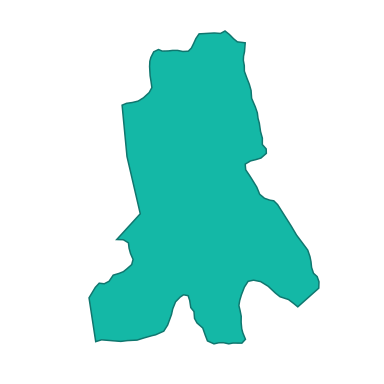 Barra D'Alcântara, Piauí, Brazil, rotated 173°
{"feature_id": "56859067B46292255679760", "entity_name": "Barra D'Alcântara", "entity_type": "district", "adm_level": 2, "iso_a3": "BRA", "parent_name": "Brazil", "parent_adm1": "Piauí", "projection": "robinson", "projection_center": [-42.113, -6.538], "detail": "fine", "context": "isolated", "style": "filled", "palette": "teal", "viewbox_px": 384, "rotation_deg": 173, "n_neighbors": 0, "source": "geoboundaries", "source_scale": "gbopen_adm2", "svg_char_len": 1808}
<svg xmlns="http://www.w3.org/2000/svg" viewBox="0 0 384 384"><g transform="rotate(173 192 192)"><path d="M204.6,73.1L204.9,66.2L203.0,61.4L197.9,55.7L196.3,48.3L194.8,42.3L188.7,38.6L183.8,39.1L179.1,38.6L174.0,36.8L169.8,37.1L160.9,35.9L156.9,39.3L158.7,45.9L159.3,50.1L159.1,56.8L158.3,62.6L158.7,68.2L159.3,73.6L157.9,78.4L155.5,83.9L151.6,91.2L147.2,96.5L141.7,97.0L134.8,94.7L127.9,89.2L121.6,81.6L117.4,77.3L109.3,73.5L104.6,68.9L101.0,65.1L77.9,81.1L76.9,87.4L78.1,92.8L81.3,96.5L82.5,102.5L82.4,108.4L82.8,113.5L84.2,120.2L87.2,125.5L93.5,136.5L97.6,145.9L108.6,169.1L111.9,173.3L115.7,174.4L120.8,176.9L125.1,181.5L127.1,188.9L130.9,197.2L132.8,201.2L136.0,207.5L135.8,213.2L130.2,215.7L124.5,216.4L119.4,217.3L113.5,221.3L113.1,225.7L116.4,230.5L115.6,236.9L116.6,243.6L116.8,252.2L117.5,257.1L117.5,262.6L118.8,268.8L121.4,277.7L121.0,285.6L122.0,292.0L123.6,298.2L125.3,305.5L124.7,311.0L125.0,316.4L124.3,320.5L122.8,324.8L121.0,333.6L128.7,335.5L132.1,339.1L135.8,343.9L139.6,347.8L144.4,345.9L150.4,347.1L165.7,348.1L169.4,343.9L172.2,339.3L175.1,334.9L178.5,332.2L184.0,332.6L189.1,334.3L193.9,334.9L198.4,334.9L204.4,335.5L207.9,337.5L212.9,335.8L216.4,330.6L217.9,326.9L218.8,321.7L219.4,312.5L219.2,306.7L219.1,300.5L222.4,295.9L228.7,291.4L234.4,288.8L240.4,288.1L246.2,288.0L250.8,286.7L252.2,235.1L246.0,176.7L272.5,154.0L266.0,153.0L261.3,149.3L261.3,143.8L260.5,138.3L258.7,132.3L260.7,127.3L266.1,123.6L269.8,121.3L274.3,120.1L280.3,119.1L285.2,113.5L290.3,111.6L295.2,112.8L299.6,109.1L307.1,99.5L305.8,55.2L299.8,56.3L286.3,53.5L280.9,52.4L274.3,52.4L264.6,51.7L256.9,53.1L249.2,54.3L245.5,54.7L237.0,57.3L232.4,62.9L227.3,72.9L225.4,78.3L221.7,85.0L216.5,89.2L212.9,91.0L208.5,89.6L207.5,84.6L207.3,77.4L204.6,73.1Z" fill="#14b8a6" stroke="#0f766e" stroke-width="1.5"/></g></svg>